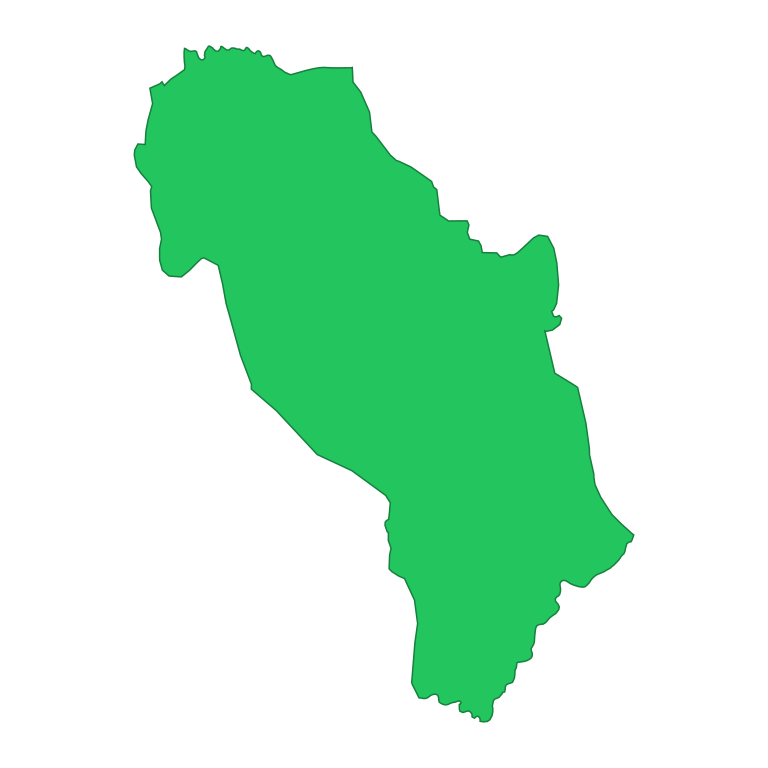 outline of Ar Rujum, Al Mahwit, Yemen
{"feature_id": "15242507B44353652125997", "entity_name": "Ar Rujum", "entity_type": "district", "adm_level": 2, "iso_a3": "YEM", "parent_name": "Yemen", "parent_adm1": "Al Mahwit", "projection": "robinson", "projection_center": [43.673, 15.406], "detail": "fine", "context": "isolated", "style": "filled", "palette": "green", "viewbox_px": 768, "rotation_deg": 0, "n_neighbors": 0, "source": "geoboundaries", "source_scale": "gbopen_adm2", "svg_char_len": 5436}
<svg xmlns="http://www.w3.org/2000/svg" viewBox="0 0 768 768"><path d="M184.5,48.4L184.1,52.0L184.1,57.2L184.4,61.9L185.0,66.2L184.5,69.4L184.5,69.7L175.6,76.0L171.0,79.0L164.3,85.6L162.0,81.8L159.7,83.9L149.9,88.2L152.6,103.6L148.1,119.9L146.1,130.0L145.7,134.6L145.2,144.5L137.9,144.0L134.7,150.2L134.3,155.3L136.2,165.1L136.4,166.7L141.0,173.4L148.2,181.6L151.7,186.5L150.5,190.9L151.4,208.1L160.5,232.4L161.5,239.1L159.6,248.7L159.6,256.3L159.7,260.4L162.4,270.2L165.4,272.8L169.0,276.0L169.7,276.1L181.4,276.9L189.3,270.5L197.6,262.1L201.5,258.5L203.8,257.8L218.2,265.3L222.5,283.5L226.1,303.5L229.7,316.2L240.5,355.4L251.4,384.1L251.3,389.1L254.4,391.8L276.4,410.7L282.6,417.4L317.3,454.6L351.9,470.7L385.7,495.4L390.3,502.8L389.5,511.8L388.7,519.2L386.3,520.8L385.2,522.2L385.0,525.3L387.2,531.8L388.4,532.8L388.3,540.4L388.6,541.3L391.2,548.7L390.8,549.3L389.6,555.3L389.1,568.8L391.9,571.7L398.8,576.1L404.5,578.5L414.4,599.8L414.5,600.0L417.6,623.6L415.2,640.7L414.9,642.9L411.7,682.5L411.9,683.3L412.3,684.4L416.0,691.8L419.0,697.9L421.0,698.0L423.4,698.5L425.5,698.5L427.7,697.7L429.4,696.4L431.2,695.1L433.6,694.3L435.8,694.2L437.7,695.2L438.6,697.7L438.7,700.0L439.4,702.3L441.3,703.5L443.3,704.5L446.0,704.9L448.2,704.4L450.3,703.3L452.9,702.5L455.1,702.2L457.4,701.3L459.4,700.9L461.1,702.4L460.4,704.1L460.2,704.1L459.5,704.2L459.2,704.9L459.3,706.5L459.4,709.4L460.0,711.1L460.0,711.3L461.6,711.9L462.7,712.5L464.6,712.0L466.9,711.2L468.9,711.0L470.8,712.3L472.0,714.3L472.1,716.9L474.5,718.2L476.0,716.7L477.0,716.3L478.3,716.4L478.8,716.8L479.6,717.7L480.0,718.9L480.1,720.0L480.1,721.0L480.1,721.3L481.9,721.6L482.1,721.5L483.0,721.8L483.3,721.9L485.1,721.6L487.3,721.5L489.9,719.7L492.0,715.7L492.8,711.9L492.8,707.9L492.3,706.3L493.4,700.6L494.9,699.0L498.5,697.6L499.3,697.1L500.5,695.6L502.3,693.4L502.8,692.3L504.6,692.0L505.2,689.6L505.2,687.2L506.3,684.8L508.5,683.7L510.5,683.1L512.5,682.3L513.5,680.1L514.4,678.1L514.7,675.8L514.9,673.5L515.0,670.8L514.9,670.7L516.2,667.9L516.6,665.8L516.9,662.9L518.0,662.3L520.4,662.0L522.4,661.7L524.7,661.3L527.2,660.5L529.3,659.4L531.1,658.0L532.2,656.0L532.3,653.5L531.5,651.2L531.0,648.9L532.3,646.7L533.5,644.6L534.3,642.2L534.5,639.9L534.6,637.7L534.8,635.2L535.1,632.5L535.4,630.2L535.5,629.3L535.8,627.8L537.0,625.6L539.1,624.6L541.2,624.3L543.2,624.1L545.2,622.9L547.0,621.1L548.5,619.2L550.0,617.6L551.8,616.2L553.8,614.8L555.7,613.6L557.3,611.6L558.8,609.5L559.3,606.9L558.2,604.5L556.9,602.8L555.5,601.1L555.3,598.8L556.7,597.0L558.6,595.9L559.9,593.9L560.5,590.9L560.5,588.1L560.0,585.5L560.0,583.3L561.3,581.3L563.2,580.4L565.4,580.6L567.6,581.8L569.7,583.2L571.6,584.2L574.1,585.2L576.1,585.8L578.1,586.5L580.5,586.9L582.5,587.1L584.7,586.9L586.9,585.2L589.0,583.1L590.3,581.1L591.9,578.9L593.5,577.2L595.5,575.6L597.6,574.3L599.6,573.6L601.5,572.8L603.6,571.9L604.7,571.3L605.7,570.7L607.5,569.6L608.0,569.3L610.0,568.3L612.0,566.5L613.7,565.2L614.4,564.5L615.4,563.5L616.9,562.0L617.1,561.8L617.3,561.6L619.1,559.6L620.4,557.6L621.8,555.6L623.1,554.4L623.9,553.7L624.9,551.5L624.9,551.4L625.4,548.7L625.9,546.9L626.1,546.1L626.8,543.8L628.8,542.1L631.0,541.8L631.7,540.6L631.8,540.4L632.2,539.5L633.0,537.2L633.6,535.0L633.7,534.9L631.2,532.9L621.4,524.0L611.9,514.5L600.7,497.2L595.0,484.6L593.9,477.4L593.8,474.0L589.5,454.7L589.4,448.7L585.9,423.2L577.6,387.4L573.4,384.6L554.8,373.2L544.9,331.0L545.6,331.5L552.4,330.1L559.8,324.5L561.6,318.3L559.1,315.5L556.0,317.0L553.6,316.3L551.7,311.5L553.7,309.8L556.6,303.4L558.6,285.0L556.8,262.9L553.8,248.3L547.6,236.4L538.9,235.1L538.1,235.5L533.5,237.9L525.6,245.3L517.6,252.7L513.9,254.9L511.3,255.0L510.0,254.6L500.7,257.2L496.7,252.9L482.3,252.6L481.0,245.6L478.5,241.0L469.8,239.2L467.3,232.4L468.9,225.0L467.2,220.9L458.5,220.9L448.6,221.0L439.9,215.1L439.0,208.1L436.8,189.7L433.5,186.9L431.6,181.4L411.0,167.0L399.1,161.4L396.3,160.5L390.3,155.1L386.9,150.6L375.8,136.1L371.9,132.0L369.5,112.1L361.3,93.4L361.0,92.5L357.3,87.6L356.4,86.5L353.6,82.8L353.0,82.2L352.3,67.5L350.7,67.8L347.1,67.8L339.1,67.9L333.1,67.9L323.4,67.4L318.6,67.8L313.5,68.7L306.2,70.4L305.8,70.5L303.0,71.3L290.9,74.7L288.8,74.1L287.1,73.2L285.2,72.5L283.4,71.2L281.4,69.6L279.6,68.6L278.0,67.7L276.2,66.3L275.1,65.1L273.7,62.0L272.6,59.5L272.3,59.0L271.4,57.3L270.7,56.2L269.8,55.4L268.8,55.3L267.5,55.3L266.4,55.7L265.2,56.2L264.9,56.3L263.8,56.5L262.9,56.5L262.3,56.0L261.9,55.7L261.1,54.4L261.0,54.2L260.9,53.2L260.3,52.1L259.9,51.6L259.6,51.4L258.9,50.9L258.1,50.9L257.3,51.0L257.0,51.3L255.9,52.4L255.4,53.5L254.1,53.4L252.5,52.4L250.8,51.1L249.8,50.2L249.3,49.4L248.6,48.6L247.9,48.0L247.4,47.7L246.8,47.5L246.4,47.5L245.9,48.0L245.4,48.9L244.9,49.8L244.3,50.4L243.9,50.5L243.1,50.5L241.6,50.2L240.6,49.5L239.5,49.1L238.6,49.1L237.7,49.1L236.7,49.1L235.7,48.5L234.7,48.2L233.0,48.0L232.1,48.0L231.2,48.2L230.5,48.8L229.9,49.2L229.7,49.4L228.8,50.0L227.9,50.1L226.7,49.9L225.2,49.0L224.0,48.1L223.0,47.3L222.3,46.7L221.5,46.4L220.9,46.6L220.7,47.3L220.5,48.4L219.5,49.7L219.0,50.4L218.7,50.7L218.0,51.2L216.9,51.2L216.7,51.2L215.3,50.8L214.4,49.8L213.5,49.2L212.8,48.1L211.6,47.3L210.5,46.6L209.6,46.1L209.0,46.1L208.6,46.3L208.4,46.4L207.4,47.9L206.6,49.3L205.5,50.7L204.9,52.1L204.7,53.1L204.9,53.8L204.4,55.1L205.1,57.5L204.2,58.8L202.8,59.8L201.0,59.8L198.9,58.1L197.2,54.0L196.5,51.6L194.9,50.8L190.9,51.4L188.9,50.9L187.5,50.0L185.7,48.8L184.5,48.4Z" fill="#22c55e" stroke="#15803d" stroke-width="1.5"/></svg>